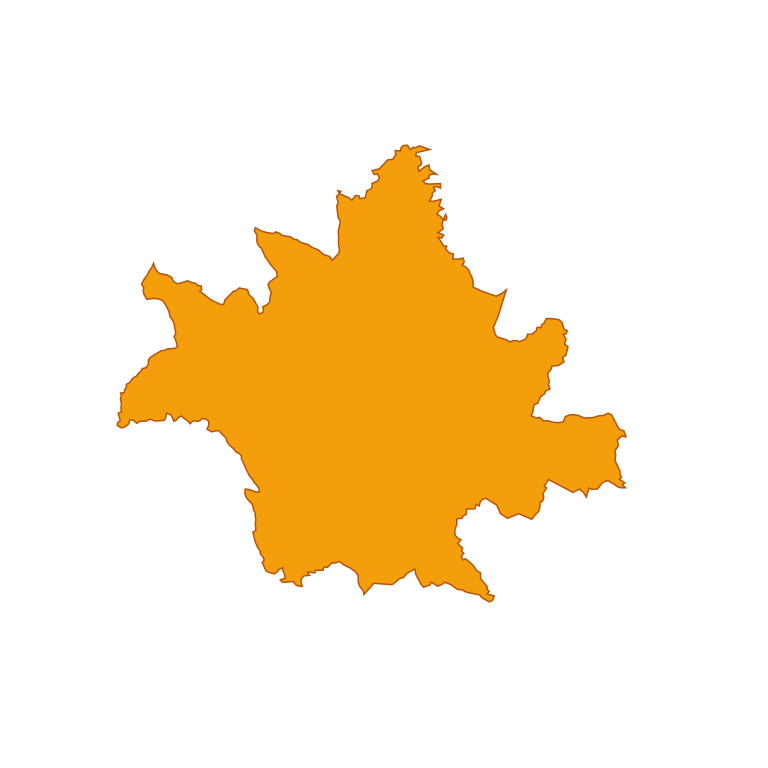 the district of Palmeira das Missões, Rio Grande do Sul, Brazil, rotated 303°
{"feature_id": "56859067B60878919931916", "entity_name": "Palmeira das Missões", "entity_type": "district", "adm_level": 2, "iso_a3": "BRA", "parent_name": "Brazil", "parent_adm1": "Rio Grande do Sul", "projection": "natural_earth1", "projection_center": [-53.372, -27.944], "detail": "fine", "context": "isolated", "style": "filled", "palette": "amber", "viewbox_px": 768, "rotation_deg": 303, "n_neighbors": 0, "source": "geoboundaries", "source_scale": "gbopen_adm2", "svg_char_len": 6173}
<svg xmlns="http://www.w3.org/2000/svg" viewBox="0 0 768 768"><g transform="rotate(303 384 384)"><path d="M359.7,125.0L355.1,125.8L351.3,125.5L346.6,126.1L341.3,125.7L335.5,126.4L334.1,129.9L331.1,131.3L328.6,133.6L325.8,139.0L330.2,144.0L332.4,148.2L333.4,152.8L331.4,157.8L328.2,163.5L323.7,168.2L322.2,172.3L319.6,175.7L312.9,181.9L309.5,182.1L307.5,185.2L302.7,190.6L300.0,189.2L295.5,183.2L292.9,181.8L290.6,179.0L279.3,173.6L275.9,173.4L272.4,175.5L268.1,175.6L265.2,172.8L262.4,173.2L258.5,172.1L255.9,172.2L253.6,170.8L250.7,169.9L247.2,170.0L243.4,168.1L240.8,169.7L237.9,169.7L235.1,170.9L233.0,168.0L231.2,170.2L228.4,170.7L225.0,174.1L220.9,176.3L218.0,178.7L214.5,177.1L209.7,182.8L206.4,181.6L204.0,182.9L204.0,187.2L205.9,189.5L211.6,191.7L215.7,190.3L217.1,193.8L216.4,198.0L220.0,199.8L222.9,204.3L227.3,207.2L228.1,211.9L232.0,217.3L234.2,219.6L237.1,219.1L241.1,217.6L242.1,222.6L238.3,228.0L240.5,229.5L243.9,229.8L247.0,231.5L246.2,235.0L246.2,239.4L245.1,243.1L247.6,243.5L249.8,244.9L251.1,247.9L253.3,249.8L255.9,250.1L257.7,254.2L257.1,257.3L254.1,259.4L249.6,260.3L250.1,265.6L253.5,268.8L254.8,271.3L252.5,281.3L250.1,283.7L248.7,287.1L247.6,293.7L246.4,296.9L246.7,300.6L246.2,303.5L243.7,305.0L234.0,320.5L232.4,325.5L230.6,329.1L230.0,332.1L228.0,336.2L225.8,338.4L223.8,335.6L222.2,328.9L220.4,324.9L216.3,327.0L214.3,329.5L213.0,332.6L211.3,339.1L209.3,341.6L207.2,343.1L205.9,346.3L203.4,347.7L200.5,350.3L197.2,351.8L191.6,356.1L188.3,354.8L181.4,362.1L178.2,366.9L176.7,370.5L174.3,372.7L173.1,376.4L171.3,379.4L168.0,379.1L163.0,386.8L163.4,390.3L164.9,395.3L168.4,396.8L171.4,397.0L174.9,399.2L172.2,401.0L170.1,404.4L167.3,406.8L163.2,403.7L162.4,407.1L168.9,415.5L167.6,419.0L168.0,422.3L169.8,425.6L172.2,422.7L175.0,420.8L179.4,421.3L183.1,425.8L184.3,422.4L186.4,425.4L187.9,428.9L190.2,427.8L194.6,434.3L197.8,433.3L199.5,436.5L205.1,437.5L208.1,441.3L210.9,443.2L210.4,449.1L211.3,455.7L211.0,462.3L209.3,466.5L204.0,470.2L201.1,473.8L199.3,479.3L196.6,481.8L211.3,484.0L220.2,500.2L228.9,502.9L232.2,505.7L238.2,506.6L245.6,510.6L241.6,514.5L236.4,523.7L235.1,527.8L240.4,531.9L243.6,531.6L243.6,539.0L247.9,542.0L250.8,543.0L252.1,548.8L251.7,557.5L254.0,561.7L254.0,564.9L254.8,568.1L259.1,578.7L258.1,583.2L258.6,590.8L261.6,592.9L266.3,591.9L264.0,584.8L267.3,585.2L268.0,582.3L270.5,580.5L273.3,571.0L278.2,567.8L278.1,563.0L280.6,557.0L281.6,550.4L281.7,547.4L279.4,546.1L281.7,542.4L285.4,543.2L286.0,540.1L289.2,539.3L290.3,532.7L295.2,533.5L294.9,530.3L295.6,526.6L298.5,523.9L300.9,522.6L305.7,521.6L310.6,518.4L313.8,522.6L316.4,522.2L319.6,524.0L323.7,521.3L325.8,523.6L328.7,528.2L333.3,526.8L333.6,530.3L337.2,529.0L340.7,529.3L343.6,531.6L343.8,544.5L338.7,552.3L338.6,560.7L348.6,567.6L351.0,581.6L356.8,582.1L361.5,583.2L366.3,581.5L369.5,579.3L371.8,580.8L376.1,579.6L378.8,577.0L385.3,577.0L385.7,574.1L393.5,574.0L396.0,601.4L402.3,605.2L401.7,610.4L399.4,615.2L408.4,612.6L408.8,615.7L412.2,620.2L420.0,620.9L422.6,622.3L424.9,624.6L425.3,631.5L425.0,635.7L425.8,638.9L428.5,643.0L429.5,638.7L432.3,639.8L432.3,633.1L435.1,634.0L436.8,631.2L439.6,629.2L445.7,619.3L450.9,616.8L453.7,614.1L459.9,614.2L464.1,610.0L467.1,611.2L469.7,611.4L471.5,615.7L475.2,611.0L474.3,605.4L482.1,591.7L481.6,587.9L476.9,585.0L473.9,581.0L470.2,578.2L464.6,570.8L463.6,564.7L461.0,558.6L458.5,556.0L455.3,553.8L449.9,555.0L446.4,551.0L444.1,547.0L442.5,541.4L440.0,538.0L440.8,532.6L438.5,530.6L437.5,524.7L442.4,523.9L447.8,521.1L451.8,523.4L458.6,522.2L463.7,524.1L465.9,523.2L470.2,525.9L472.8,522.6L477.1,520.7L479.5,517.2L483.2,515.3L486.7,516.2L490.6,515.2L494.5,520.2L500.6,522.9L503.3,519.4L507.0,520.9L515.4,518.1L515.8,513.7L521.0,512.2L523.1,507.0L525.2,509.4L528.5,508.6L528.1,505.0L532.4,500.1L533.3,495.9L530.3,489.3L527.3,484.5L522.0,485.0L519.3,484.0L516.8,485.0L514.9,481.4L511.6,482.7L506.3,480.8L503.7,477.2L501.2,478.2L498.5,478.1L493.3,474.6L492.4,471.3L490.2,468.0L487.8,466.8L487.7,462.3L485.2,453.6L486.0,450.5L491.0,444.9L503.5,442.7L529.5,435.3L524.4,433.6L518.7,430.2L515.1,415.5L513.8,405.9L517.9,403.4L521.4,399.7L523.9,395.3L525.7,393.1L526.7,388.8L526.4,384.7L529.9,384.9L532.7,381.8L529.5,378.6L526.2,373.7L530.9,371.5L529.5,367.1L530.9,361.9L533.8,361.4L532.2,358.8L536.7,349.5L537.9,353.0L541.5,353.0L540.2,346.8L546.4,349.2L548.9,346.0L553.7,344.2L555.4,340.5L555.2,335.7L559.4,335.9L563.4,338.6L563.2,333.3L570.0,331.4L563.7,325.4L562.2,322.5L567.9,322.1L570.6,320.5L574.1,321.7L575.9,318.3L578.2,320.5L579.1,324.8L582.8,322.1L576.1,312.8L574.6,309.3L575.5,306.3L581.2,309.6L583.9,308.2L586.7,310.6L588.4,313.9L588.7,305.5L592.1,302.3L588.7,300.0L581.4,297.3L584.7,294.1L587.2,295.5L589.8,295.3L594.2,290.0L592.6,286.1L595.7,285.2L605.6,294.7L602.9,283.7L599.7,282.2L598.4,279.7L594.9,278.3L597.0,273.6L594.4,270.2L591.5,269.6L588.5,270.9L585.8,266.2L582.7,269.1L580.0,268.8L577.4,269.1L574.0,265.1L561.9,262.9L556.5,257.8L554.3,261.7L556.7,264.0L554.1,268.1L550.7,268.0L545.6,264.7L542.6,267.0L539.4,266.2L537.0,264.4L529.9,266.7L526.4,262.9L528.2,260.3L526.5,257.5L520.6,257.0L521.0,252.5L519.3,242.9L515.4,242.1L511.1,246.9L507.7,247.3L498.5,255.0L496.8,258.7L486.6,262.7L483.3,265.4L476.2,269.9L473.5,272.6L469.5,274.9L459.6,273.3L461.3,269.1L459.6,261.9L460.7,256.2L459.3,248.8L459.6,244.7L457.4,236.6L457.7,232.6L456.3,229.7L456.6,225.8L453.1,217.3L453.5,214.1L452.8,210.6L450.0,209.4L446.9,202.5L445.4,197.3L445.1,191.0L442.1,191.6L439.4,196.7L435.1,199.1L432.9,201.4L431.4,204.5L430.9,207.7L426.0,214.9L421.9,225.3L419.8,232.8L416.0,235.9L407.5,232.6L404.7,232.4L401.9,235.3L399.4,239.5L393.1,241.8L390.9,243.5L387.2,242.9L382.6,240.2L380.4,242.6L377.8,243.5L374.9,241.1L376.1,238.4L379.8,236.4L384.5,227.6L385.3,222.4L388.8,218.0L385.7,210.3L382.2,209.2L379.6,207.2L367.7,204.8L363.2,206.2L361.6,202.8L360.3,193.2L361.5,178.9L364.1,179.6L366.6,177.3L365.3,174.1L365.9,171.1L364.3,167.5L363.6,163.1L357.1,157.8L355.3,155.6L355.6,151.1L357.7,147.9L357.5,143.0L354.4,135.3L355.1,131.9L356.6,128.5L359.7,125.0ZM553.7,344.2L555.3,346.8L558.0,346.0L559.7,343.3L553.7,344.2ZM519.3,242.9L522.1,242.9L520.9,240.0L519.3,242.9Z" fill="#f59e0b" stroke="#b45309" stroke-width="1.5"/></g></svg>